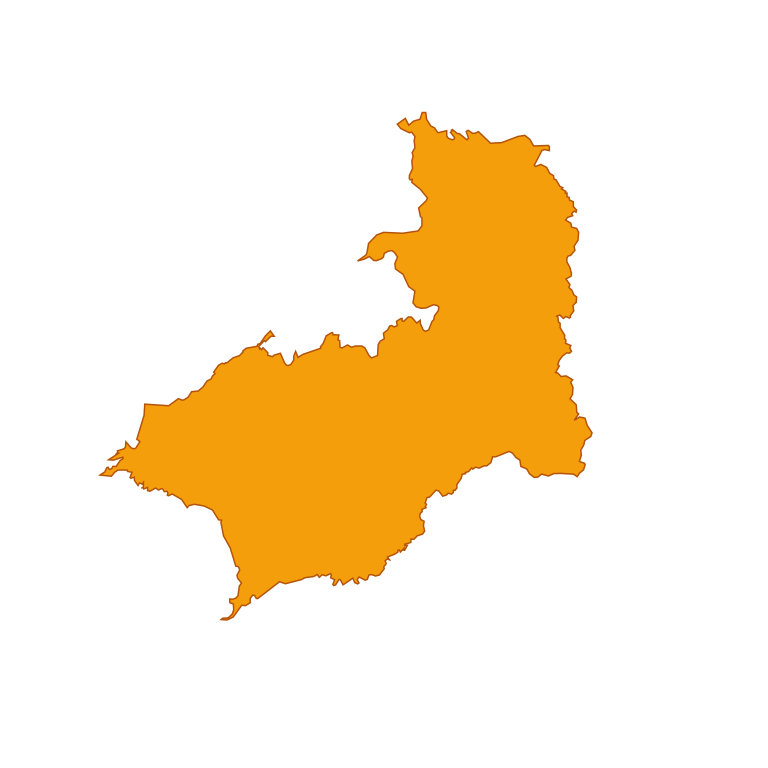 outline of Brebes, Jawa Tengah, Indonesia, rotated 231°
{"feature_id": "22746128B82312103386068", "entity_name": "Brebes", "entity_type": "district", "adm_level": 2, "iso_a3": "IDN", "parent_name": "Indonesia", "parent_adm1": "Jawa Tengah", "projection": "natural_earth1", "projection_center": [108.937, -7.053], "detail": "fine", "context": "isolated", "style": "filled", "palette": "amber", "viewbox_px": 768, "rotation_deg": 231, "n_neighbors": 0, "source": "geoboundaries", "source_scale": "gbopen_adm2", "svg_char_len": 6171}
<svg xmlns="http://www.w3.org/2000/svg" viewBox="0 0 768 768"><g transform="rotate(231 384 384)"><path d="M570.9,584.5L567.1,578.6L569.7,572.4L569.5,566.2L577.0,567.7L577.6,557.9L572.0,557.8L563.2,561.9L562.4,564.0L556.8,563.8L554.2,560.6L548.2,556.8L546.0,551.4L542.8,550.1L539.7,545.9L533.4,541.7L530.2,535.1L527.8,533.0L526.2,532.8L525.3,534.8L523.2,532.5L512.4,534.8L501.2,534.8L499.9,532.3L499.0,521.7L491.3,517.7L489.1,517.9L483.0,513.0L481.5,506.8L489.4,493.4L502.1,479.1L504.4,472.2L503.0,460.5L496.4,453.0L495.6,450.8L496.3,440.8L493.3,447.6L492.3,452.8L486.4,453.8L484.6,455.8L482.8,461.2L483.1,463.6L485.3,466.3L484.6,470.7L482.6,474.2L479.3,474.9L474.2,474.4L470.7,468.2L466.1,465.3L457.3,467.8L444.0,464.5L436.8,466.5L428.8,457.6L423.8,457.6L419.6,460.4L416.6,464.6L414.5,472.4L411.2,474.9L409.0,474.9L406.8,472.2L405.1,465.9L402.6,463.1L402.4,460.7L397.9,452.7L398.7,449.5L401.1,448.4L408.1,450.3L410.8,452.2L410.7,447.8L418.6,447.5L420.8,445.1L420.3,438.8L421.6,437.8L423.6,439.3L424.3,438.2L424.8,433.1L421.0,431.1L421.9,427.9L424.7,426.7L425.5,424.9L423.7,420.8L423.8,415.5L419.0,412.7L419.6,408.0L418.4,404.4L410.2,396.9L412.1,390.8L415.5,390.2L424.1,391.9L427.5,390.6L431.7,385.4L432.9,382.0L437.3,380.2L438.4,374.1L440.1,372.9L445.6,376.8L447.4,376.0L450.5,379.8L454.2,375.4L456.3,376.4L456.8,375.5L457.8,369.5L453.8,362.2L452.9,358.1L451.6,357.3L458.1,339.5L458.8,333.9L464.9,335.8L462.7,331.7L459.3,328.8L457.8,323.8L458.7,321.2L459.8,320.1L463.0,320.0L473.1,322.8L475.6,316.8L475.4,314.5L479.6,311.7L481.4,313.4L488.3,312.8L487.7,310.4L489.9,310.3L489.7,309.5L492.0,310.2L492.9,317.2L492.8,318.6L491.5,318.6L492.3,326.2L490.2,328.7L496.8,329.1L496.0,322.1L493.4,313.2L494.3,310.8L493.2,309.1L498.5,299.4L498.5,295.1L497.6,294.6L497.0,289.6L499.3,283.2L499.3,275.1L500.3,274.2L500.1,272.5L502.0,271.3L502.7,267.2L500.4,259.1L498.3,259.1L498.3,256.1L496.7,252.8L497.7,248.3L495.6,241.4L495.5,235.1L499.1,229.7L497.0,223.6L497.5,218.9L498.3,217.1L502.0,215.0L502.6,203.0L518.9,185.4L510.7,177.9L496.6,157.1L492.9,158.1L490.4,150.9L490.9,149.0L493.4,147.3L501.5,147.0L497.8,143.5L497.2,141.3L499.8,134.7L498.6,134.5L498.2,132.4L497.3,133.6L498.4,122.3L495.1,125.8L491.5,135.0L490.2,134.1L490.6,130.9L488.5,123.9L490.6,121.5L489.6,119.0L490.5,116.7L493.0,117.2L493.4,115.9L491.4,111.9L491.9,106.0L483.9,114.1L484.9,119.1L484.5,123.1L478.7,130.3L477.4,129.7L474.0,132.6L471.1,127.7L470.0,128.0L468.8,131.3L466.1,129.4L459.9,129.0L461.0,131.8L458.3,133.1L458.9,135.1L455.4,132.2L455.7,129.9L455.1,131.6L453.6,131.3L452.5,135.2L449.9,133.2L448.0,134.5L446.9,141.0L443.4,142.1L442.9,144.9L441.6,146.0L438.6,145.5L437.2,147.8L435.4,147.5L433.9,145.6L432.8,146.2L431.8,150.2L421.6,154.1L411.8,153.2L412.2,156.1L409.8,161.0L402.3,167.5L394.1,171.4L382.6,170.0L380.3,172.0L379.1,170.2L367.0,163.7L353.3,161.3L335.7,154.2L334.0,155.8L332.4,155.6L330.3,154.8L327.8,149.3L325.3,148.1L318.9,147.9L318.0,144.4L311.3,137.2L310.8,134.6L311.9,131.0L314.0,128.8L311.0,126.6L307.9,128.5L303.1,125.1L300.7,121.3L300.3,115.8L303.5,111.2L303.4,109.2L299.4,113.5L297.8,120.2L301.6,134.2L298.9,136.9L298.2,142.5L301.5,144.8L302.5,148.9L301.3,150.4L297.7,149.8L296.7,150.9L296.1,178.4L290.9,181.6L283.9,196.8L283.2,200.7L278.6,208.3L278.0,212.2L274.5,212.1L274.6,216.0L271.5,218.1L270.3,223.1L269.1,223.2L266.9,220.6L263.1,222.5L260.4,218.1L259.0,218.1L258.4,220.1L260.4,226.0L259.3,226.9L253.7,225.8L252.7,237.6L248.1,236.3L245.3,237.6L245.1,239.3L248.8,240.0L249.7,243.2L243.4,245.9L242.7,248.0L245.0,252.2L243.6,254.5L240.2,256.5L238.4,260.2L240.3,267.9L242.1,268.8L242.9,272.6L245.9,273.7L246.0,276.3L244.0,277.6L247.4,277.9L245.0,285.3L244.7,289.0L246.0,290.2L245.3,291.5L243.1,290.9L243.7,295.9L242.6,294.7L241.8,295.3L243.9,300.6L245.3,298.7L246.4,299.3L244.0,305.1L246.5,307.4L244.5,309.5L245.1,314.3L243.1,319.5L244.1,323.0L249.1,325.5L252.1,328.8L255.4,327.3L258.7,328.4L260.6,330.7L260.8,333.4L262.8,334.5L261.4,338.8L262.8,339.1L263.7,341.3L265.6,341.1L268.7,346.0L267.4,348.2L268.8,357.7L266.2,359.3L259.9,359.0L258.4,362.7L258.8,365.1L255.9,367.2L256.0,369.4L257.7,371.1L256.6,372.2L257.3,375.3L259.9,377.1L262.1,384.6L264.6,387.9L263.0,391.0L264.1,391.5L262.7,394.6L263.6,399.3L262.0,399.4L261.7,402.8L258.8,405.0L257.3,410.6L255.7,412.3L255.7,417.7L259.1,422.6L257.1,425.0L252.9,438.7L249.5,440.4L244.1,440.2L239.3,441.7L233.8,438.5L228.1,441.5L222.5,440.6L216.9,441.9L214.8,445.1L214.9,449.8L209.1,453.8L207.5,459.6L203.3,465.1L194.6,474.6L190.4,475.8L191.7,479.8L191.7,485.0L194.6,489.5L196.1,490.0L200.8,487.1L204.4,492.5L208.7,495.2L210.9,500.9L213.8,504.5L213.1,511.7L215.1,514.9L224.0,515.9L231.0,518.7L235.2,515.3L236.1,509.0L238.3,516.5L240.5,515.9L246.8,520.3L255.4,519.3L257.3,524.0L262.4,528.7L267.8,530.2L268.6,533.3L275.7,530.6L278.4,526.3L283.1,526.0L284.9,524.5L287.7,531.6L289.8,531.2L292.0,535.0L293.4,539.9L293.3,545.4L291.2,547.7L291.4,550.3L295.1,551.0L296.3,553.4L301.4,550.7L303.7,553.1L305.8,552.9L308.1,555.1L316.9,556.3L320.4,559.1L322.3,558.6L326.5,561.2L328.1,561.0L326.9,564.1L322.1,564.6L322.1,567.7L318.7,569.5L318.5,570.9L319.8,571.6L321.4,577.4L326.1,580.2L326.5,584.8L330.5,588.5L333.8,587.6L338.4,589.0L342.6,588.4L344.2,591.0L351.1,591.5L350.1,597.4L351.8,599.2L357.6,601.8L364.0,603.0L366.8,605.5L367.6,607.5L366.5,610.0L367.8,616.6L371.4,618.3L373.7,625.3L379.4,630.7L383.7,631.6L387.9,628.5L391.4,630.4L396.9,628.3L398.0,631.3L396.0,636.6L398.0,636.9L398.6,638.3L398.5,640.8L396.7,641.4L398.0,643.1L402.6,642.8L406.5,645.8L410.3,643.9L412.4,645.3L414.3,644.1L417.2,646.4L418.4,645.0L419.3,646.5L423.8,644.7L424.0,646.4L426.9,645.1L434.6,646.2L436.2,645.1L439.2,646.8L443.6,645.3L450.0,646.7L456.0,644.0L457.6,638.7L459.4,638.4L466.1,653.6L465.3,656.1L461.3,659.4L464.6,662.0L465.9,661.9L474.8,650.1L482.4,651.3L488.6,649.9L492.0,644.0L497.6,627.2L504.1,618.3L520.7,616.2L521.6,612.4L523.3,610.5L528.2,609.1L528.5,606.8L521.8,604.4L521.6,602.1L530.8,600.2L532.8,598.5L538.7,597.3L538.9,596.2L537.6,595.4L537.7,594.0L531.2,594.0L530.2,592.9L530.8,590.7L534.5,588.7L537.0,588.7L541.4,592.1L545.4,584.0L551.4,584.4L555.1,582.7L563.0,583.7L568.7,587.3L570.9,584.5Z" fill="#f59e0b" stroke="#b45309" stroke-width="1.5"/></g></svg>